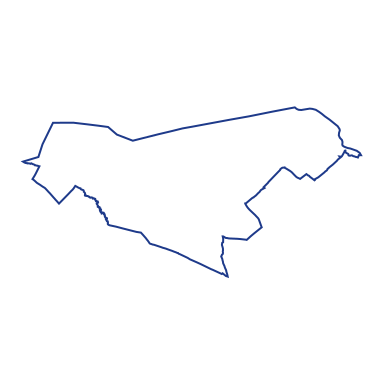 Musenita, Suceava, Romania
{"feature_id": "2599482B233708052654", "entity_name": "Musenita", "entity_type": "district", "adm_level": 2, "iso_a3": "ROU", "parent_name": "Romania", "parent_adm1": "Suceava", "projection": "equal_earth", "projection_center": [25.971, 47.952], "detail": "fine", "context": "isolated", "style": "outline", "palette": "blue", "viewbox_px": 384, "rotation_deg": 0, "n_neighbors": 0, "source": "geoboundaries", "source_scale": "gbopen_adm2", "svg_char_len": 5728}
<svg xmlns="http://www.w3.org/2000/svg" viewBox="0 0 384 384"><path d="M177.4,253.0L178.0,253.0L178.3,253.4L178.6,253.7L179.7,254.1L187.7,257.9L189.9,259.3L192.2,260.3L197.2,262.5L200.9,264.2L211.4,269.3L212.5,269.7L221.8,274.0L222.6,273.3L225.9,276.0L227.7,276.6L227.2,274.3L226.4,271.8L226.2,270.7L226.1,270.2L224.9,267.6L224.4,265.9L223.7,264.5L223.1,263.1L223.0,262.0L222.8,261.2L222.5,260.2L222.3,259.0L221.7,257.6L221.3,256.7L221.2,256.3L221.6,255.9L221.9,254.8L222.7,254.1L222.8,253.6L223.0,253.0L222.8,251.6L222.8,251.2L223.0,250.6L222.9,249.9L223.0,249.3L222.9,248.4L222.4,246.5L221.9,244.9L222.2,242.9L222.3,242.7L222.7,242.5L223.1,242.3L223.2,239.1L223.1,238.1L222.7,236.4L223.0,236.4L223.6,236.6L225.2,237.6L225.7,237.9L226.1,238.0L227.0,238.0L228.7,238.4L230.3,238.5L237.4,238.8L239.9,239.0L246.0,239.7L246.7,239.9L251.0,236.0L254.1,233.4L261.7,227.3L261.3,226.3L258.9,219.6L258.6,219.0L258.1,218.2L256.0,216.0L255.2,215.1L251.7,211.8L249.7,209.9L248.5,208.6L247.5,207.4L246.5,205.9L245.2,203.6L245.2,203.4L246.0,203.3L247.4,202.1L251.9,198.3L252.7,197.7L253.2,197.6L253.4,197.5L253.4,197.4L255.9,195.5L258.4,192.9L259.4,192.1L260.1,191.1L260.8,190.2L261.6,189.6L264.5,188.0L263.6,187.2L265.5,185.3L267.0,183.8L268.1,182.7L268.4,182.1L273.0,177.3L278.6,171.5L279.7,170.4L280.1,170.0L280.1,169.7L280.5,169.0L280.9,168.7L281.5,168.3L282.0,167.9L282.5,167.7L283.4,167.6L284.0,167.6L284.4,167.6L284.6,167.5L284.7,167.8L285.9,168.4L290.0,170.9L291.5,172.0L292.7,173.2L294.1,174.7L296.2,176.8L297.5,177.7L298.6,178.1L300.1,178.9L306.4,174.1L308.2,175.5L308.9,175.7L309.2,175.9L309.8,176.7L312.6,178.8L314.5,180.3L315.0,179.9L315.2,179.4L315.2,179.0L315.7,178.8L316.0,178.6L318.3,177.3L324.5,172.3L325.2,171.5L325.8,171.1L326.7,170.5L327.1,170.0L327.3,169.6L327.5,169.0L327.7,168.7L328.0,168.6L328.4,168.4L328.6,168.0L329.5,167.2L332.8,164.6L336.9,160.8L337.8,159.6L339.3,158.4L340.3,157.6L339.5,156.5L341.4,156.7L341.9,156.2L342.8,154.7L344.4,151.8L344.7,150.9L345.2,150.5L345.4,150.5L345.5,150.9L345.4,151.6L345.5,152.0L345.6,152.3L345.9,152.6L346.6,153.1L348.0,153.8L348.3,154.1L348.4,154.6L348.4,155.0L348.5,155.3L348.7,155.5L349.1,155.6L349.5,155.7L350.2,155.7L351.2,155.4L351.8,155.4L352.3,155.5L352.7,155.8L353.3,156.2L354.2,156.3L356.0,157.0L357.0,157.1L357.9,157.5L358.7,155.7L358.8,155.2L361.0,155.2L359.7,152.9L356.8,150.8L350.3,148.5L347.6,148.0L344.2,146.7L342.6,145.6L342.3,144.6L342.5,142.0L342.0,140.1L339.8,137.7L338.8,135.3L339.1,132.6L339.8,130.5L339.6,129.2L337.7,126.2L329.5,119.6L324.8,116.3L321.9,113.9L319.3,112.0L315.8,109.8L312.4,108.9L309.8,108.6L304.3,109.5L301.3,110.0L298.6,109.8L296.6,108.9L294.8,107.4L272.6,111.6L249.2,116.3L229.4,119.8L192.2,126.7L182.6,128.4L171.7,131.1L158.2,134.3L132.8,140.7L116.9,134.6L108.1,127.0L98.4,125.7L87.8,124.4L73.2,122.7L53.0,122.8L42.5,144.3L38.4,157.0L23.0,161.6L24.4,162.5L25.6,163.0L26.2,163.0L26.5,163.1L27.2,163.1L27.4,163.4L28.1,163.4L28.3,163.3L28.6,163.3L29.6,163.5L30.5,163.8L30.9,163.5L31.2,163.3L31.6,163.4L32.5,164.1L33.2,164.2L33.9,164.5L34.6,164.8L34.9,165.2L35.0,165.3L35.4,165.2L36.1,165.5L36.7,165.6L37.0,165.6L37.3,165.7L37.5,165.8L37.9,165.8L38.6,166.2L39.0,166.2L39.4,166.3L35.7,173.7L34.6,175.7L32.5,179.1L33.3,179.6L34.6,180.7L35.7,181.7L36.5,182.5L37.0,182.9L40.5,185.1L41.0,185.5L41.6,185.9L42.6,186.6L44.6,187.8L45.2,188.3L46.9,190.1L48.7,192.1L49.8,193.2L54.0,198.0L54.5,198.5L55.4,199.6L56.9,201.2L59.0,203.6L67.9,194.5L71.4,190.8L72.3,190.0L73.5,188.6L75.3,185.9L75.5,186.0L77.3,187.0L78.1,187.5L78.8,187.8L79.5,188.2L80.4,188.3L80.6,188.4L80.8,189.1L81.1,189.4L81.8,189.7L82.2,189.7L82.6,189.9L83.0,190.0L83.4,190.2L83.6,190.4L83.7,190.9L83.8,191.1L83.8,191.6L83.8,191.8L84.1,192.0L84.4,192.4L84.6,192.5L85.1,193.3L85.0,194.6L85.5,195.0L85.3,195.2L84.9,195.4L84.9,195.5L85.1,195.7L85.5,195.8L85.9,195.8L86.2,195.7L86.7,196.0L87.0,196.0L87.8,196.0L88.2,196.3L88.6,196.7L88.9,196.7L89.2,196.7L89.4,196.8L89.7,197.4L90.1,197.5L90.4,197.7L90.6,197.7L91.0,197.5L91.5,197.4L91.7,197.5L92.0,197.7L92.3,197.7L92.6,197.7L92.8,197.9L92.7,198.3L92.8,198.6L93.1,198.6L93.4,198.6L93.9,198.4L94.1,198.4L95.1,198.8L95.0,199.2L95.0,199.4L95.3,199.5L95.5,200.0L95.6,200.4L95.8,200.5L96.1,200.7L96.1,200.9L96.0,201.3L96.2,201.5L96.6,201.7L96.9,201.6L97.6,201.4L97.7,201.6L97.8,201.7L98.0,202.0L98.1,202.3L98.0,202.5L97.9,202.8L97.1,203.3L96.9,203.6L96.7,203.8L97.6,205.2L98.0,205.8L97.7,206.6L97.7,206.8L97.8,206.9L98.3,207.0L98.8,206.9L99.2,207.0L99.7,207.3L99.7,207.6L99.4,208.5L99.5,208.7L100.0,208.7L99.9,209.0L99.9,209.3L100.0,209.5L100.4,209.6L101.0,209.6L101.1,210.0L100.9,210.3L100.1,210.1L99.9,210.6L100.0,210.8L100.3,211.0L100.3,211.4L100.4,211.6L100.7,211.6L100.8,211.7L100.8,212.0L100.9,212.5L101.0,212.6L101.3,212.6L101.6,212.4L101.8,212.3L101.9,212.5L101.9,212.9L102.0,212.8L102.3,212.8L102.5,212.9L102.7,213.0L103.4,212.7L103.6,212.7L103.9,213.1L104.2,213.5L104.3,213.7L104.0,213.9L103.8,214.0L103.7,214.2L103.8,214.3L104.7,214.7L104.8,215.0L104.6,215.2L105.0,216.1L104.9,216.4L104.8,216.6L104.9,216.9L105.5,217.3L105.5,217.7L105.6,218.0L106.1,218.4L106.3,218.3L106.5,218.0L106.9,218.1L107.0,218.3L107.0,218.7L106.9,219.1L106.7,219.3L106.4,219.4L106.2,219.4L106.0,219.6L106.3,220.0L106.5,220.3L106.9,220.8L106.9,221.2L107.3,221.5L107.8,221.5L107.8,222.1L108.0,222.9L107.9,223.1L107.8,223.3L107.9,223.7L107.8,224.0L108.0,224.4L108.1,224.5L108.7,224.9L109.7,225.3L116.2,226.7L122.6,228.4L136.4,231.9L140.9,232.6L143.0,234.9L146.4,238.8L146.6,239.3L147.6,240.4L149.1,242.5L149.5,243.2L149.8,243.5L150.4,243.8L151.6,244.1L152.2,244.4L152.5,244.5L154.1,244.8L157.7,246.0L161.3,247.2L162.9,247.8L163.7,248.0L165.8,248.6L168.2,249.5L172.2,250.9L173.9,251.6L175.9,252.3L177.4,253.0Z" fill="none" stroke="#1e3a8a" stroke-width="2"/></svg>